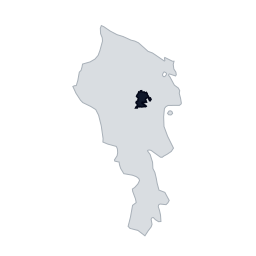 Sevan, Gegharkunik, Armenia shown in context, rotated 35°
{"feature_id": "60910142B53261358782492", "entity_name": "Sevan", "entity_type": "district", "adm_level": 2, "iso_a3": "ARM", "parent_name": "Armenia", "parent_adm1": "Gegharkunik", "projection": "mercator", "projection_center": [45.001, 40.541], "detail": "fine", "context": "in_parent", "style": "filled", "palette": "ink", "viewbox_px": 256, "rotation_deg": 35, "n_neighbors": 0, "source": "geoboundaries", "source_scale": "gbopen_adm2", "svg_char_len": 3952}
<svg xmlns="http://www.w3.org/2000/svg" viewBox="0 0 256 256"><g transform="rotate(35 128 128)"><path d="M115.5,153.9L113.7,151.0L104.9,141.6L96.6,134.4L91.0,131.4L85.3,131.7L76.4,133.1L73.2,132.5L65.5,129.4L59.0,125.6L59.9,124.1L61.3,122.9L59.7,118.0L56.1,110.2L56.5,107.7L55.3,104.3L54.1,101.7L59.1,95.5L61.4,90.5L61.9,85.7L60.6,80.7L57.3,71.5L55.2,68.9L51.4,66.4L48.2,62.3L47.4,59.4L50.1,58.9L58.0,58.8L65.6,57.8L71.5,55.9L80.1,54.3L83.7,52.9L87.8,52.2L100.4,53.7L105.1,52.5L119.3,52.3L119.6,51.7L117.7,49.8L117.7,49.1L126.1,47.8L127.4,46.9L128.6,50.0L131.7,53.4L135.2,54.8L137.0,56.7L137.1,58.1L131.0,59.9L130.6,60.7L131.0,61.6L132.8,62.0L141.4,66.3L146.3,66.4L148.9,67.7L150.1,70.2L154.2,73.7L157.5,77.1L157.7,78.2L157.1,80.0L147.9,86.5L146.8,88.8L146.7,91.2L150.7,98.3L156.6,106.1L165.1,112.0L176.8,118.4L176.9,122.4L175.1,127.1L173.5,130.3L172.8,132.4L171.3,133.3L159.7,133.1L157.9,133.9L157.1,134.8L157.1,135.6L161.3,137.0L167.8,142.0L171.6,146.9L175.5,149.0L179.9,152.9L183.5,156.5L189.0,161.1L195.1,159.6L203.3,163.7L203.6,166.5L203.1,169.0L198.0,171.8L197.3,172.9L197.3,173.9L198.0,175.2L201.0,177.4L204.6,180.7L208.6,185.7L206.8,187.2L203.1,187.4L200.1,186.8L199.1,187.8L199.2,189.4L203.0,193.2L203.7,195.9L203.5,200.6L203.7,206.6L194.9,206.2L187.3,209.1L184.5,208.5L182.6,203.4L181.0,199.3L176.1,188.7L177.5,184.4L174.8,181.8L168.3,177.3L166.6,175.5L167.6,172.9L168.2,168.2L167.6,164.4L165.8,163.2L162.6,163.1L158.7,164.1L150.8,167.8L145.3,165.4L142.1,163.0L140.3,161.0L136.2,162.7L135.2,161.9L135.0,157.0L133.8,154.3L131.3,151.2L129.0,149.8L120.6,152.8L115.5,153.9ZM128.6,64.9L128.9,63.0L128.5,61.4L127.1,60.9L125.4,61.3L125.3,63.1L125.8,64.9L127.5,65.6L128.6,64.9ZM155.7,92.7L153.7,93.8L151.9,93.3L151.9,90.5L153.2,89.4L154.7,89.4L156.2,90.5L155.7,92.7Z" fill="#d9dde1" stroke="#a8b0b8" stroke-width="1"/><path d="M122.7,107.3L124.2,106.2L124.2,105.9L123.6,105.8L123.3,105.6L123.8,104.9L124.5,104.3L124.9,103.6L125.1,103.5L125.3,104.0L125.6,104.0L125.9,103.5L126.0,103.3L126.6,103.2L127.1,103.0L129.0,101.2L130.1,100.6L130.2,100.4L130.2,100.2L130.3,100.2L130.5,99.9L130.5,99.7L130.4,99.7L130.2,99.7L129.9,99.5L129.7,99.5L129.5,99.4L129.4,99.4L129.4,99.5L129.3,99.4L129.2,99.3L129.3,99.4L129.3,99.5L129.2,99.6L129.2,99.8L129.1,100.0L129.0,99.9L128.9,99.9L128.9,99.7L129.0,99.6L128.9,99.5L128.7,99.5L128.4,99.5L128.2,99.5L127.9,99.6L127.7,99.7L127.5,99.8L127.4,99.8L127.2,99.9L126.9,99.8L126.8,99.7L126.7,99.7L126.3,99.6L126.2,99.6L125.9,99.6L125.6,99.6L125.4,99.6L125.2,99.7L124.9,99.4L124.8,99.2L124.8,98.9L125.0,98.9L125.0,98.7L125.1,98.4L125.5,98.1L125.8,98.1L126.0,98.2L126.3,98.3L126.4,98.2L126.5,98.2L126.8,97.9L127.0,97.9L127.3,97.5L127.3,97.4L127.2,97.3L127.2,97.2L126.9,97.1L126.9,96.9L127.0,96.7L127.4,96.3L127.4,96.2L127.5,96.2L127.7,96.3L127.8,96.3L128.1,96.3L128.3,96.3L128.4,96.2L128.1,96.0L127.7,96.0L127.6,95.9L127.4,95.8L127.3,95.4L127.2,95.3L127.1,95.2L126.9,95.1L126.7,95.0L126.5,94.9L126.3,94.8L126.2,94.8L126.1,94.7L125.9,94.5L125.8,94.4L125.7,94.1L125.7,93.8L125.7,93.7L125.8,93.3L125.9,93.2L126.0,93.0L126.0,92.9L125.9,92.8L125.9,92.7L126.1,92.3L126.4,91.9L126.5,91.7L126.8,91.6L127.0,91.7L127.1,91.8L127.3,91.8L127.5,91.9L127.7,92.0L127.9,92.1L128.0,92.1L128.2,92.3L128.3,92.4L128.6,92.5L128.8,92.5L129.0,92.6L129.3,92.7L129.3,92.8L129.5,93.0L129.8,93.2L130.0,93.0L130.3,93.1L130.5,93.1L130.5,91.3L129.0,90.5L128.4,91.2L127.3,90.8L126.1,90.1L125.4,90.0L124.8,89.6L124.4,89.2L123.8,88.7L123.3,88.6L122.6,88.3L122.1,89.1L121.7,89.5L120.7,89.2L120.4,89.2L120.1,89.6L119.8,90.1L119.5,90.3L119.2,90.4L118.8,90.4L118.2,89.9L117.8,89.6L117.3,90.1L116.9,90.4L117.2,91.5L117.2,91.8L116.8,92.0L116.1,92.2L116.3,93.0L116.6,93.6L116.6,94.0L116.5,95.4L116.7,96.8L116.8,97.2L117.1,97.3L119.4,97.6L120.0,99.4L120.6,100.0L120.5,100.5L119.7,101.4L120.1,102.8L121.9,103.3L122.4,103.4L122.7,103.6L122.8,103.9L122.9,104.5L122.6,105.1L122.5,106.1L122.6,106.8L122.7,107.3Z" fill="#0f172a" stroke="#020617" stroke-width="1.5"/></g></svg>